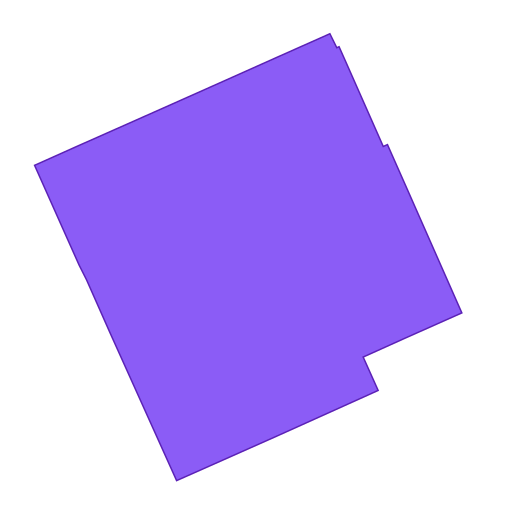 Luna, New Mexico, United States of America (Robinson projection), rotated 156°
{"feature_id": "52423323B3054531487219", "entity_name": "Luna", "entity_type": "district", "adm_level": 2, "iso_a3": "USA", "parent_name": "United States of America", "parent_adm1": "New Mexico", "projection": "robinson", "projection_center": [-107.798, 32.195], "detail": "fine", "context": "isolated", "style": "filled", "palette": "violet", "viewbox_px": 512, "rotation_deg": 156, "n_neighbors": 0, "source": "geoboundaries", "source_scale": "gbopen_adm2", "svg_char_len": 434}
<svg xmlns="http://www.w3.org/2000/svg" viewBox="0 0 512 512"><g transform="rotate(156 256 256)"><path d="M98.1,429.0L153.8,429.0L225.8,428.9L299.3,428.9L376.8,429.0L421.4,428.9L421.3,319.7L420.5,303.2L420.6,245.2L419.9,87.1L419.9,83.1L310.6,83.0L199.1,83.5L199.2,120.1L153.7,120.3L91.1,120.3L90.7,250.7L90.6,304.3L95.2,304.3L95.0,395.1L95.0,413.4L97.5,413.4L98.1,429.0Z" fill="#8b5cf6" stroke="#5b21b6" stroke-width="1.5"/></g></svg>